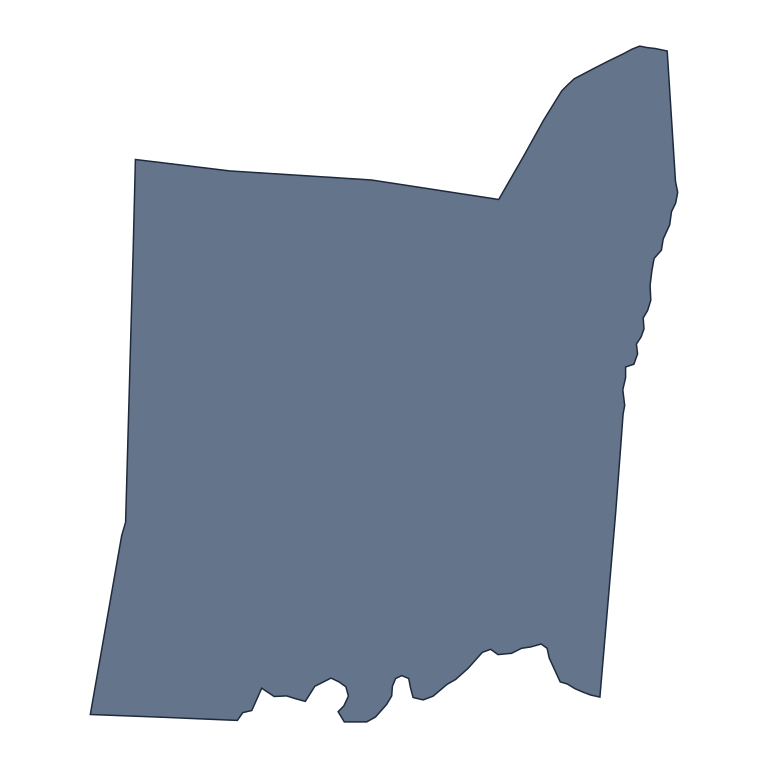 outline of Boa Vista, Paraíba, Brazil
{"feature_id": "56859067B8000436166889", "entity_name": "Boa Vista", "entity_type": "district", "adm_level": 2, "iso_a3": "BRA", "parent_name": "Brazil", "parent_adm1": "Paraíba", "projection": "equal_earth", "projection_center": [-36.175, -7.261], "detail": "fine", "context": "isolated", "style": "filled", "palette": "slate", "viewbox_px": 768, "rotation_deg": 0, "n_neighbors": 0, "source": "geoboundaries", "source_scale": "gbopen_adm2", "svg_char_len": 1270}
<svg xmlns="http://www.w3.org/2000/svg" viewBox="0 0 768 768"><path d="M667.2,51.0L655.2,48.5L647.3,47.6L639.7,46.1L632.1,49.1L623.1,53.9L616.9,56.9L608.6,60.9L594.5,68.1L574.3,78.7L568.4,84.2L561.7,90.9L543.5,120.3L523.9,155.7L498.7,199.5L371.5,180.0L229.4,170.9L135.4,159.5L133.2,248.7L125.6,522.2L121.7,535.5L90.3,714.5L156.0,717.0L227.2,720.0L237.4,720.4L242.8,712.6L251.8,710.5L261.7,688.2L274.2,696.5L286.5,695.9L295.2,698.6L305.3,701.4L314.8,686.3L331.0,678.1L339.0,681.9L345.9,686.8L348.4,696.1L343.9,705.8L338.1,711.7L344.3,721.9L366.7,721.9L375.5,717.0L386.6,704.5L391.7,695.9L392.4,686.3L395.6,678.5L401.8,675.6L408.7,678.5L410.5,687.8L413.1,697.5L423.2,699.9L433.2,696.1L447.0,684.4L455.7,679.4L468.0,668.4L482.4,652.3L490.7,649.3L498.0,654.6L511.6,653.3L521.5,648.3L530.5,647.0L541.1,644.0L547.1,648.3L549.2,658.0L560.2,681.9L567.3,684.0L575.0,688.7L582.9,692.1L590.5,695.0L599.9,697.1L615.7,512.5L620.8,445.4L623.1,414.1L624.7,405.4L622.8,389.8L625.6,377.7L625.6,367.0L633.9,364.2L637.6,353.8L636.4,344.1L641.1,336.9L644.0,328.9L643.2,317.9L647.6,310.5L650.8,300.3L650.1,285.3L651.9,270.7L654.1,258.4L661.4,250.2L663.2,239.0L669.7,224.8L671.5,211.7L675.7,203.0L677.7,192.3L675.5,181.5L667.2,51.0Z" fill="#64748b" stroke="#1e293b" stroke-width="1.5"/></svg>